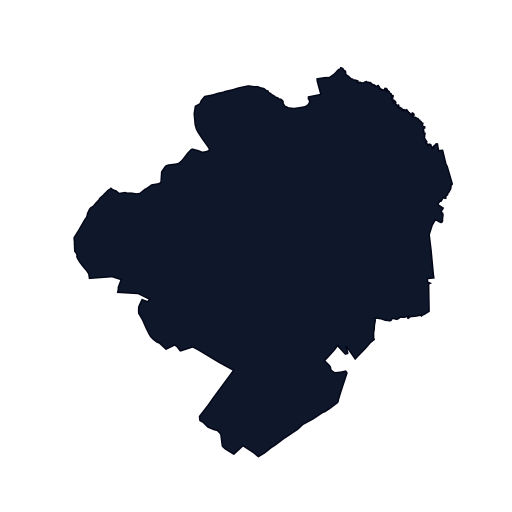 outline of Horodniceni, Suceava, Romania, rotated 9°
{"feature_id": "2599482B51819489942135", "entity_name": "Horodniceni", "entity_type": "district", "adm_level": 2, "iso_a3": "ROU", "parent_name": "Romania", "parent_adm1": "Suceava", "projection": "albers", "projection_center": [26.192, 47.518], "detail": "fine", "context": "isolated", "style": "filled", "palette": "ink", "viewbox_px": 512, "rotation_deg": 9, "n_neighbors": 0, "source": "geoboundaries", "source_scale": "gbopen_adm2", "svg_char_len": 5939}
<svg xmlns="http://www.w3.org/2000/svg" viewBox="0 0 512 512"><g transform="rotate(9 256 256)"><path d="M337.9,407.9L346.5,399.9L348.1,399.2L353.0,394.7L359.5,387.9L359.9,386.1L359.8,385.3L361.2,375.5L364.1,357.6L363.9,356.9L362.6,355.7L362.3,355.7L358.5,357.3L353.2,358.8L351.3,358.8L348.4,357.3L347.7,356.4L346.7,353.9L345.6,352.7L340.9,349.3L340.1,348.2L341.8,346.1L348.2,336.3L350.5,331.7L359.6,338.9L361.7,338.0L361.8,337.3L360.3,334.0L358.9,331.5L359.7,331.3L370.1,342.2L371.9,339.4L378.3,330.4L382.5,323.6L385.8,320.0L385.0,318.4L384.2,313.7L384.2,309.8L383.8,306.2L383.9,301.1L383.2,299.1L385.6,298.3L386.9,298.5L389.4,298.4L394.1,299.3L396.4,299.0L397.9,299.2L399.3,298.6L399.7,298.0L400.3,296.4L400.6,296.2L405.2,296.5L406.8,295.2L407.8,294.0L408.3,293.8L411.8,293.4L415.9,291.7L415.6,293.2L415.7,293.7L416.0,293.8L417.8,291.9L418.5,291.6L423.3,290.4L427.3,288.9L428.0,288.8L428.8,289.4L429.7,288.3L431.3,287.3L435.6,283.5L430.9,256.7L432.4,255.6L429.5,254.9L428.9,251.4L435.1,249.8L434.0,246.3L428.0,222.9L423.7,207.8L425.2,197.9L427.3,192.6L429.2,192.5L431.5,193.5L433.6,194.0L434.4,193.4L434.8,192.0L434.4,190.4L434.3,186.2L433.6,184.5L431.7,183.9L433.4,179.4L428.2,177.1L427.7,176.7L427.8,176.2L427.9,175.4L428.5,174.3L428.4,173.9L429.0,173.3L429.0,172.9L430.0,173.1L430.3,172.8L431.2,170.4L431.8,169.3L432.4,169.0L433.5,169.5L434.4,169.3L434.2,167.9L434.6,166.2L435.5,165.8L435.7,165.0L435.6,163.8L436.4,163.0L436.9,161.8L437.1,160.7L437.6,159.9L437.8,159.0L437.4,158.4L437.7,158.1L437.8,157.4L437.4,156.8L437.8,156.3L437.5,155.1L438.3,154.9L438.5,154.5L438.5,153.9L430.8,137.6L429.2,135.5L423.8,122.5L423.4,122.4L420.1,123.5L418.9,120.7L417.7,117.0L417.3,116.8L416.3,117.1L415.4,118.6L414.5,119.4L414.4,119.7L414.5,120.4L413.6,122.1L413.2,121.9L412.8,120.6L411.9,120.1L411.2,118.7L410.0,118.4L409.3,118.6L409.2,119.0L409.7,119.5L409.4,119.8L408.5,119.9L407.8,118.7L405.9,117.5L406.1,117.0L406.9,116.5L406.5,116.0L405.6,115.1L405.1,115.0L404.7,113.9L403.8,113.7L403.9,112.2L403.7,110.0L403.8,108.3L403.4,108.1L402.6,108.6L401.4,107.1L402.3,106.5L401.9,106.0L401.5,103.5L402.6,103.2L402.5,102.1L401.1,101.8L400.0,101.2L399.6,100.8L399.6,99.8L400.2,99.3L400.0,98.8L399.4,98.8L397.9,97.4L397.0,97.3L396.4,96.2L395.3,96.3L394.5,94.9L394.1,94.8L393.4,94.9L391.7,94.1L389.1,94.2L388.4,93.2L389.8,92.5L390.1,92.2L390.0,91.7L389.5,90.9L388.2,90.2L387.8,90.6L388.1,92.0L388.0,92.3L387.5,92.4L385.1,90.5L384.0,90.6L383.7,89.5L382.8,89.4L382.5,88.3L381.5,88.0L381.2,88.9L380.7,89.0L379.9,88.5L379.6,89.2L378.5,89.5L378.2,89.3L378.4,88.4L377.1,88.5L377.1,87.8L376.9,87.4L375.6,87.4L375.3,86.8L374.9,86.7L374.4,87.6L373.8,87.6L373.4,87.1L373.6,85.6L373.4,84.8L373.2,84.7L373.0,85.7L372.6,86.0L371.6,85.8L371.5,84.7L370.2,84.6L370.0,84.2L370.1,82.6L369.9,82.2L369.6,82.4L369.5,83.1L369.2,83.4L368.5,83.5L367.8,83.1L367.8,82.8L369.1,81.7L369.2,81.4L367.8,80.7L367.7,81.0L367.9,81.5L366.8,81.5L366.8,80.9L367.1,80.4L366.2,80.3L365.1,79.3L365.1,78.8L366.4,78.6L366.4,78.2L365.6,77.7L366.4,77.1L366.4,76.3L365.9,76.1L365.2,76.7L363.9,74.5L362.2,74.0L361.9,72.9L360.8,72.2L360.4,72.3L360.0,73.1L359.3,73.3L359.2,72.8L359.7,71.6L359.6,71.1L358.9,70.4L358.2,70.1L357.1,70.3L356.9,71.1L357.6,71.8L357.4,72.3L356.7,72.4L355.0,71.9L354.2,72.5L353.7,71.7L353.0,71.6L352.5,71.0L352.3,70.9L351.5,71.6L351.3,71.3L351.3,69.8L350.2,68.5L349.5,68.7L349.4,69.7L348.9,69.9L347.6,69.2L347.3,69.9L346.0,68.5L345.2,68.4L344.7,68.8L344.3,68.8L343.6,67.9L341.8,66.8L341.1,67.2L340.5,66.8L340.0,66.8L338.9,67.4L338.0,66.4L337.6,66.4L335.8,67.5L335.1,68.3L333.3,68.5L331.4,68.1L330.6,68.7L329.0,68.9L329.0,68.6L329.4,67.4L329.2,67.1L326.1,66.7L324.5,67.0L323.7,66.2L322.4,66.2L318.6,63.7L317.0,63.2L316.0,61.9L315.8,60.4L315.3,59.4L313.6,58.8L312.7,57.5L312.0,57.1L310.2,56.8L309.9,58.4L308.2,59.0L308.2,59.6L307.4,60.3L306.3,62.1L305.0,63.9L301.0,67.9L300.1,68.4L296.0,69.1L288.6,71.5L289.2,73.8L294.8,86.3L282.9,90.7L283.2,92.6L284.5,94.0L284.7,94.6L284.8,95.9L284.5,97.0L283.8,98.4L282.6,99.8L281.0,100.9L278.1,102.0L270.5,104.4L264.2,104.7L263.5,104.1L261.2,103.7L258.9,101.1L258.5,99.0L256.6,97.5L255.4,97.3L254.3,97.5L252.5,96.3L250.3,96.1L249.1,95.2L246.2,94.1L244.5,93.0L242.7,92.7L242.1,91.2L240.5,91.1L237.6,89.4L234.1,89.2L231.1,88.5L227.9,89.1L221.8,89.2L212.2,92.9L207.0,95.5L199.6,98.4L198.1,99.4L193.4,101.1L187.5,104.0L186.9,104.0L186.4,104.6L185.0,104.8L180.4,106.5L177.7,111.1L176.9,114.4L172.7,117.6L172.7,125.2L175.4,135.8L177.4,140.1L179.6,143.0L184.8,148.7L192.4,156.4L193.3,157.8L192.9,159.4L190.4,160.8L186.8,162.0L182.9,161.1L176.6,160.4L175.5,160.9L172.5,165.1L168.8,172.0L167.5,174.0L165.0,176.8L162.5,177.8L155.2,179.9L153.0,181.1L152.3,182.1L149.8,187.3L149.7,188.0L150.6,197.4L150.3,198.3L149.7,199.1L148.2,200.0L141.9,202.1L137.5,206.4L135.9,207.5L131.6,212.4L128.3,213.4L123.3,213.4L118.7,214.1L116.8,213.8L111.0,215.7L107.6,213.6L105.0,213.2L103.1,212.5L102.1,211.8L101.5,212.7L99.6,214.3L98.0,216.6L96.3,218.8L96.0,219.5L92.6,223.6L92.4,224.7L89.4,229.1L88.0,231.6L86.8,233.1L85.5,233.9L84.3,235.8L82.9,240.6L83.0,241.4L82.7,244.0L81.3,246.8L77.0,258.1L73.5,266.3L73.8,268.1L74.5,270.3L74.6,271.6L76.3,279.8L77.5,280.7L78.6,282.2L79.2,283.4L79.2,284.7L79.8,285.8L82.8,289.5L87.1,293.6L90.9,296.8L93.6,299.7L95.0,304.1L117.1,298.9L126.6,300.4L124.9,308.4L125.2,310.2L125.1,313.5L145.5,311.5L158.0,315.4L155.9,318.1L150.3,316.9L148.3,323.8L148.2,325.3L148.7,329.0L149.2,331.0L153.9,336.7L158.7,344.2L162.4,349.4L164.6,352.1L167.7,354.4L171.8,356.6L174.3,357.1L181.7,362.1L189.6,356.6L192.1,357.8L196.0,361.5L196.4,361.5L207.7,355.7L213.2,357.5L236.4,366.9L251.8,372.4L236.0,402.9L232.6,409.9L225.3,423.3L226.3,427.1L226.5,427.3L229.8,428.5L235.3,432.5L241.4,434.0L245.2,434.4L248.3,436.7L249.2,437.7L252.4,448.7L252.8,449.3L255.9,451.4L265.1,455.2L272.8,445.4L284.4,450.6L289.7,453.8L295.2,449.2L301.0,442.8L304.6,439.6L311.8,432.1L324.2,420.7L328.6,415.0L337.9,407.9Z" fill="#0f172a" stroke="#020617" stroke-width="1.5"/></g></svg>